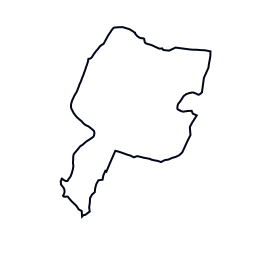 Harad, Hajjah, Yemen, rotated 198°
{"feature_id": "15242507B65973742405389", "entity_name": "Harad", "entity_type": "district", "adm_level": 2, "iso_a3": "YEM", "parent_name": "Yemen", "parent_adm1": "Hajjah", "projection": "equal_earth", "projection_center": [43.134, 16.476], "detail": "fine", "context": "isolated", "style": "outline", "palette": "ink", "viewbox_px": 256, "rotation_deg": 198, "n_neighbors": 0, "source": "geoboundaries", "source_scale": "gbopen_adm2", "svg_char_len": 4784}
<svg xmlns="http://www.w3.org/2000/svg" viewBox="0 0 256 256"><g transform="rotate(198 128 128)"><path d="M168.8,43.4L168.1,43.1L167.6,42.9L167.4,43.0L164.8,43.9L164.2,44.1L159.4,41.1L155.7,39.3L153.3,38.2L149.6,35.3L146.4,34.8L144.3,29.6L143.5,31.3L141.8,32.2L138.6,36.7L140.4,40.5L141.2,45.1L142.4,49.6L141.7,53.4L139.8,56.7L140.6,60.6L140.8,64.8L140.0,69.1L136.2,71.0L136.8,75.2L136.3,80.2L135.1,79.8L134.0,92.4L133.0,102.4L129.8,102.6L126.3,102.6L120.3,102.4L119.8,102.4L119.6,102.4L117.5,102.5L116.8,102.5L113.5,101.9L110.5,104.1L107.1,104.4L103.7,104.6L100.3,105.1L96.9,105.4L96.3,105.1L92.8,105.4L89.5,105.9L86.2,105.8L85.6,106.3L83.0,108.9L79.9,110.4L76.9,113.1L73.8,115.2L70.9,117.9L68.9,121.4L68.3,126.2L67.8,130.8L67.2,135.5L66.4,140.6L68.0,144.4L69.5,148.1L68.5,153.4L66.5,161.2L70.8,161.7L72.8,164.0L73.3,163.8L74.3,163.5L75.9,162.8L76.6,162.6L79.5,161.1L80.1,160.8L81.0,160.5L81.8,160.5L82.9,160.5L83.3,160.5L84.2,160.9L84.5,160.7L85.2,160.8L86.0,161.0L86.6,161.2L86.9,161.4L87.4,162.8L87.5,163.2L87.6,163.7L87.7,164.6L87.8,165.1L87.8,165.7L87.7,166.5L87.6,166.8L87.3,167.7L87.0,168.3L86.8,168.7L86.5,169.7L86.1,171.2L85.8,172.2L85.5,173.4L85.3,174.4L84.9,175.5L84.5,176.3L83.9,177.1L83.3,177.9L82.6,178.6L81.9,179.1L81.1,179.7L80.3,180.3L79.5,180.6L78.4,181.4L77.6,181.7L76.8,181.9L76.0,181.9L75.1,181.8L74.2,181.8L73.4,181.7L72.5,181.5L71.7,181.4L70.9,181.6L70.2,182.2L69.7,183.0L69.2,183.9L68.7,184.8L71.3,199.1L70.9,202.9L70.1,210.3L70.3,211.3L70.6,212.5L70.7,213.5L70.9,214.5L71.0,215.6L71.2,216.6L71.3,217.7L71.4,218.8L71.6,219.9L71.8,221.1L72.0,222.2L72.3,223.3L72.7,224.4L73.0,225.5L73.3,226.4L74.3,226.2L75.1,226.1L76.3,226.0L77.4,225.9L78.3,225.7L79.2,225.6L80.1,225.4L81.0,225.1L81.8,224.9L82.7,224.6L83.6,224.4L84.5,224.2L85.4,224.0L86.4,223.7L87.4,223.5L88.1,223.3L88.2,223.2L89.2,222.9L90.2,222.6L91.0,222.4L91.8,222.2L92.7,222.0L93.5,221.8L94.5,221.6L95.3,221.5L96.2,221.3L97.2,221.1L98.1,221.0L99.2,220.7L100.1,220.6L101.1,220.4L102.1,220.2L103.2,220.0L104.1,219.8L105.1,219.7L105.9,219.5L106.8,219.3L107.6,219.2L112.8,214.3L118.5,213.1L120.2,214.3L120.9,213.8L121.8,213.5L122.6,213.2L123.4,213.2L124.3,213.3L125.2,213.4L126.0,213.5L127.0,213.6L127.9,213.7L129.0,213.9L129.8,214.0L130.7,214.1L131.8,214.1L132.6,214.1L133.7,214.1L134.0,214.0L134.8,214.0L135.6,214.0L136.4,214.0L137.3,214.1L138.1,214.4L138.7,215.1L139.3,216.0L139.7,216.9L140.2,217.8L141.0,218.0L141.9,217.8L142.8,217.6L143.6,217.5L144.5,217.5L145.3,217.5L146.2,217.8L147.1,218.1L147.9,218.4L148.6,218.8L149.4,219.4L150.1,219.8L150.8,220.4L150.8,220.8L156.5,222.3L157.0,222.4L164.2,222.3L168.7,220.7L172.4,219.1L172.7,218.6L173.1,217.7L173.5,216.8L173.9,215.6L174.1,214.6L174.5,213.3L174.8,212.2L175.1,211.1L175.5,209.9L175.7,208.8L177.2,200.5L177.3,200.3L178.3,199.3L179.7,197.5L180.1,196.5L180.4,195.5L180.8,194.5L181.2,193.4L181.7,192.3L182.1,191.4L182.4,190.4L182.8,189.3L183.2,188.2L183.5,187.1L183.8,186.1L184.0,185.0L184.3,184.0L184.8,183.1L185.4,182.4L186.2,181.9L187.0,181.5L186.9,180.5L186.7,179.5L186.6,178.3L186.6,177.1L186.6,176.0L186.6,174.8L186.7,173.6L186.7,172.4L186.7,171.0L186.7,169.9L186.7,168.7L186.8,167.4L186.8,166.2L186.8,164.9L186.9,163.8L187.0,162.5L187.1,161.3L187.1,160.1L187.2,159.1L187.2,158.0L187.3,156.8L187.4,155.7L187.6,154.5L187.6,153.4L187.6,152.3L187.7,150.9L187.8,149.6L187.8,148.5L187.9,147.4L188.1,146.2L188.3,145.1L188.6,144.0L188.8,142.9L189.1,141.6L189.2,140.6L189.3,139.5L189.4,138.4L189.6,137.1L189.6,136.0L189.6,135.3L189.6,134.9L189.5,133.8L189.4,132.6L189.1,131.6L188.7,130.5L188.3,129.6L187.8,128.8L187.1,128.2L186.4,127.5L185.7,126.8L185.0,126.1L184.3,125.4L183.4,124.8L182.6,124.2L181.8,123.6L181.1,123.2L180.3,122.7L179.8,122.4L179.4,122.2L178.6,121.9L177.7,121.5L176.9,121.1L176.0,120.8L175.2,120.5L174.1,120.0L173.3,119.5L172.5,119.1L171.6,118.6L170.8,118.2L170.7,118.2L170.0,117.9L169.2,117.7L168.2,117.6L167.1,117.4L166.5,117.4L166.2,117.4L164.1,116.6L163.0,116.2L159.4,114.7L158.9,113.9L158.4,112.8L158.2,111.7L158.0,110.6L158.0,110.4L158.1,109.6L158.5,108.5L159.1,107.7L159.7,107.0L160.3,106.1L161.0,105.3L161.5,104.6L162.2,103.8L162.9,103.0L163.4,102.3L164.0,101.4L164.6,100.4L165.2,99.4L165.7,98.5L166.2,97.6L166.8,97.1L167.6,96.2L168.1,95.0L168.7,93.4L171.5,86.5L171.3,84.0L170.1,80.0L170.0,79.4L169.7,78.2L169.3,77.2L168.8,76.2L168.7,76.1L168.3,75.2L168.0,74.1L167.9,73.0L167.7,71.8L167.6,70.6L167.6,69.5L167.5,68.3L167.5,67.0L167.6,65.9L167.6,65.2L167.6,64.8L167.8,63.7L168.1,62.6L168.6,61.7L169.0,59.3L169.5,58.7L171.0,58.3L173.9,58.9L174.8,59.4L175.3,59.4L175.4,59.0L175.3,58.1L175.5,56.5L174.3,53.6L170.2,50.7L169.6,49.8L169.1,49.0L169.1,48.9L168.7,48.0L168.6,47.5L168.5,47.0L168.5,46.6L168.5,46.4L168.5,46.2L168.5,45.8L168.7,43.9L168.7,43.7L168.8,43.4L168.8,43.4Z" fill="none" stroke="#020617" stroke-width="2"/></g></svg>